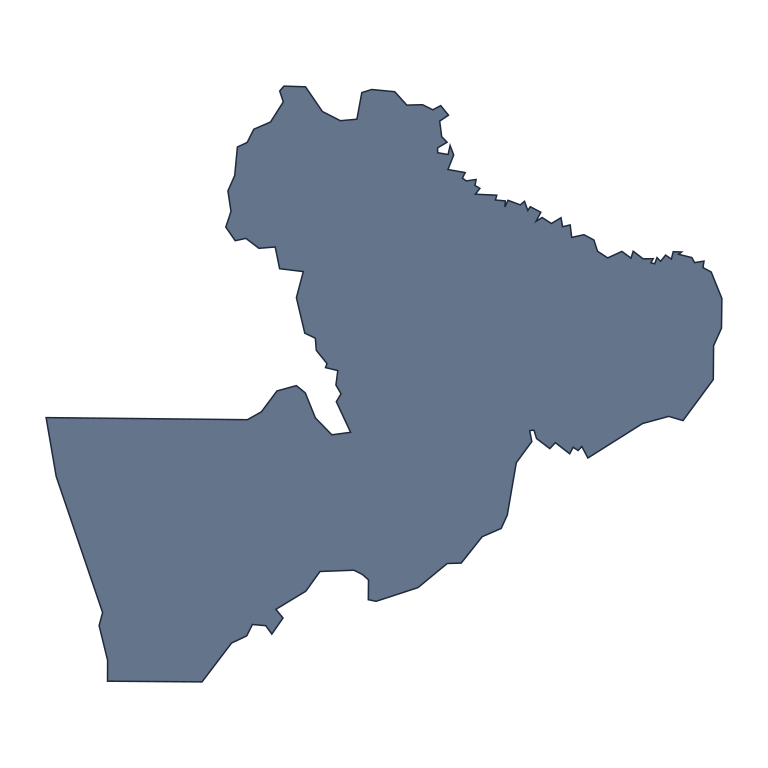 outline of Goianésia do Pará, Pará, Brazil
{"feature_id": "56859067B9668801221635", "entity_name": "Goianésia do Pará", "entity_type": "district", "adm_level": 2, "iso_a3": "BRA", "parent_name": "Brazil", "parent_adm1": "Pará", "projection": "robinson", "projection_center": [-48.924, -4.018], "detail": "medium", "context": "isolated", "style": "filled", "palette": "slate", "viewbox_px": 768, "rotation_deg": 0, "n_neighbors": 0, "source": "geoboundaries", "source_scale": "gbopen_adm2", "svg_char_len": 1922}
<svg xmlns="http://www.w3.org/2000/svg" viewBox="0 0 768 768"><path d="M46.1,417.6L56.2,476.5L102.6,612.5L99.1,625.6L107.6,660.3L107.5,681.2L202.0,681.9L231.6,643.0L246.7,635.9L252.4,624.5L265.8,625.7L271.8,634.1L283.0,618.0L275.9,609.3L305.8,591.2L320.0,571.5L353.9,570.2L362.3,574.4L368.5,579.9L368.3,599.7L376.1,601.3L418.0,587.6L447.2,563.5L461.2,563.1L482.2,536.7L501.2,528.4L507.3,515.0L516.3,462.7L531.8,441.6L529.7,430.6L533.9,430.1L536.6,438.6L549.8,448.6L555.4,442.7L569.7,453.8L573.1,447.3L578.1,450.5L581.8,446.5L587.9,458.0L642.6,423.5L668.8,416.4L683.0,420.6L713.3,379.5L713.6,345.7L721.5,328.2L721.9,298.5L711.2,272.0L703.0,267.6L704.0,261.1L694.6,262.6L691.9,257.6L678.7,254.3L681.6,252.0L673.2,251.7L671.4,259.0L665.6,255.1L660.6,261.3L657.0,257.6L654.7,263.8L650.9,262.8L653.2,258.7L643.1,258.8L633.2,251.2L631.0,258.1L621.9,251.4L607.7,257.9L597.5,251.2L593.9,240.0L583.9,234.7L571.7,237.4L570.2,224.9L562.6,226.7L561.0,217.7L551.4,223.5L542.1,217.5L536.1,221.3L540.8,212.3L530.3,206.7L527.8,210.5L524.5,201.3L520.3,204.9L508.0,200.3L504.9,207.0L505.3,200.9L495.4,200.0L496.8,195.2L475.4,194.2L479.9,188.4L475.0,185.5L476.1,179.5L466.3,180.9L462.4,178.1L465.2,172.6L448.0,169.5L453.7,155.0L450.1,145.5L448.1,154.5L437.7,152.7L437.6,147.9L447.1,142.2L441.7,136.7L439.7,121.1L448.5,115.2L440.7,105.6L432.8,109.8L422.6,104.7L406.8,105.1L394.7,91.7L371.7,89.5L361.8,92.6L356.9,119.2L340.4,120.7L322.4,111.5L305.5,86.8L283.9,86.1L279.7,91.0L283.3,101.9L270.5,122.0L253.8,129.2L247.2,142.4L237.4,147.0L234.7,175.5L227.9,191.0L231.0,211.4L225.8,227.1L235.2,240.7L245.9,238.4L258.9,248.3L275.2,247.0L279.6,268.7L303.3,271.6L296.4,297.6L304.8,333.2L315.3,338.2L316.3,350.4L327.0,363.6L325.5,367.6L337.8,370.6L335.9,385.0L341.0,393.8L336.3,401.7L350.6,432.3L331.8,434.8L315.4,417.9L305.3,392.9L296.3,385.6L277.0,390.9L261.4,411.8L247.4,419.7L46.1,417.6Z" fill="#64748b" stroke="#1e293b" stroke-width="1.5"/></svg>